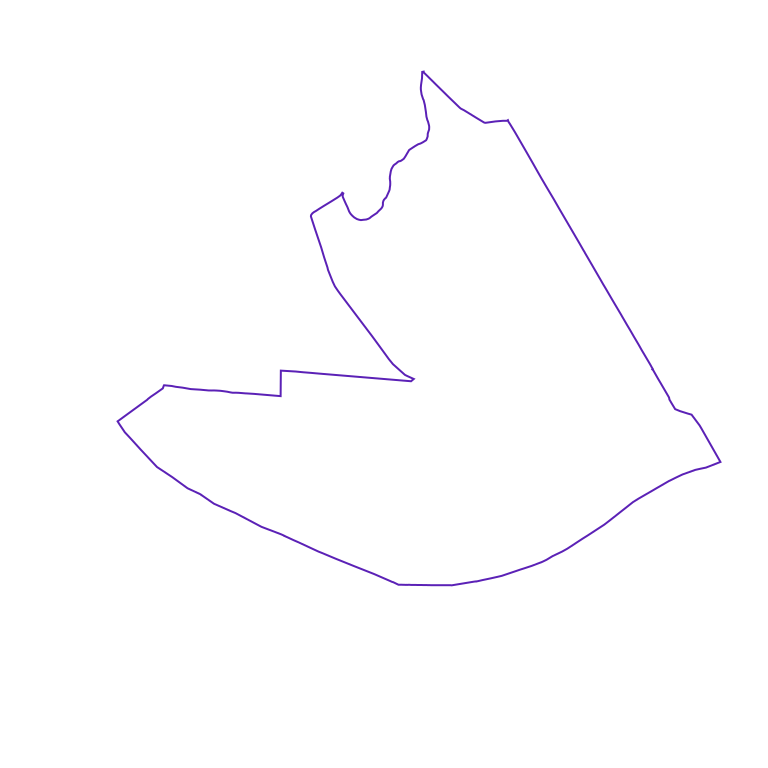 I.C.Bratianu, Tulcea, Romania (Equal Earth projection), rotated 238°
{"feature_id": "2599482B65427489105353", "entity_name": "I.C.Bratianu", "entity_type": "district", "adm_level": 2, "iso_a3": "ROU", "parent_name": "Romania", "parent_adm1": "Tulcea", "projection": "equal_earth", "projection_center": [28.083, 45.4], "detail": "fine", "context": "isolated", "style": "outline", "palette": "violet", "viewbox_px": 768, "rotation_deg": 238, "n_neighbors": 0, "source": "geoboundaries", "source_scale": "gbopen_adm2", "svg_char_len": 4042}
<svg xmlns="http://www.w3.org/2000/svg" viewBox="0 0 768 768"><g transform="rotate(238 384 384)"><path d="M139.6,628.0L177.8,629.6L181.6,629.7L193.5,628.7L195.0,628.6L198.0,625.9L204.1,620.7L208.4,617.6L215.6,617.7L218.4,617.8L219.5,617.8L221.3,618.5L222.2,618.6L239.0,619.1L243.3,619.2L253.0,619.6L254.2,619.3L254.3,619.9L255.9,619.9L259.4,620.1L267.5,620.3L276.0,620.5L278.2,620.6L282.8,620.8L291.4,621.0L299.8,621.3L305.1,621.4L314.8,621.7L315.1,621.7L316.9,621.8L330.1,622.1L334.3,622.2L343.9,622.5L347.3,622.6L352.6,622.7L355.1,622.8L360.8,623.0L379.1,623.6L382.1,623.7L388.8,623.9L389.7,624.0L391.6,624.0L399.6,624.3L439.8,625.5L450.6,625.9L464.5,626.2L475.3,626.5L482.9,626.8L491.7,627.2L507.7,627.8L528.2,628.5L538.2,628.6L540.3,628.5L542.1,628.9L542.1,627.7L544.2,624.3L547.6,617.7L551.7,608.5L552.2,607.9L552.8,607.4L560.3,603.6L573.8,596.9L575.3,596.0L576.8,595.1L578.3,594.6L593.6,590.8L610.7,586.7L625.1,583.3L627.0,582.8L627.9,583.2L628.4,581.8L623.2,578.3L618.0,573.9L615.7,572.2L614.0,571.2L609.6,569.3L604.8,568.1L603.9,568.1L599.0,566.5L592.5,563.7L588.1,561.6L587.7,561.5L584.8,560.6L583.3,560.4L579.4,559.2L578.1,558.6L575.9,557.1L574.2,555.0L573.4,554.1L572.9,553.6L570.8,552.2L569.2,550.2L568.4,548.9L568.4,545.0L568.6,542.4L569.2,540.1L569.3,536.3L569.2,531.4L569.1,529.3L568.9,528.9L565.6,522.6L564.5,520.1L564.3,517.0L564.5,515.6L564.9,515.0L565.0,513.3L564.6,511.3L564.5,509.2L564.3,507.9L563.4,506.1L562.4,504.3L560.7,502.4L556.4,498.6L555.6,498.2L555.2,497.8L553.9,497.2L552.5,496.6L550.8,495.6L549.3,494.6L547.8,493.3L545.9,491.8L545.0,490.7L541.4,485.3L540.9,484.5L540.8,483.4L540.2,481.5L539.6,480.5L538.3,479.1L537.1,478.4L536.4,477.9L535.7,477.3L535.2,476.6L534.6,475.5L534.2,474.3L533.5,470.9L532.8,468.5L532.7,464.4L532.6,461.9L532.3,459.7L532.4,458.3L532.9,456.1L534.2,453.5L535.2,451.3L536.6,449.8L538.3,448.4L540.5,447.3L541.1,447.0L543.5,446.3L545.6,445.9L547.3,445.8L549.0,445.9L553.2,446.7L556.9,447.1L560.5,447.6L564.5,448.2L565.5,448.6L566.4,449.5L567.2,450.5L567.7,450.3L568.3,450.0L567.4,448.0L567.0,446.6L566.8,443.3L566.8,436.2L566.9,427.4L566.9,421.7L566.8,418.1L566.9,415.6L566.7,413.7L566.0,411.9L565.5,411.3L564.8,410.8L552.0,407.6L543.2,405.5L533.1,403.1L523.3,400.4L519.3,399.4L512.8,397.8L510.5,397.0L497.9,394.7L492.8,394.1L487.6,394.3L483.3,394.6L461.8,396.5L430.3,399.3L413.9,400.5L402.4,401.3L396.1,402.1L380.6,406.6L378.2,408.1L372.5,411.9L372.0,408.4L427.5,334.1L432.1,328.0L436.7,321.8L441.4,315.7L450.0,303.6L428.5,289.9L444.6,268.4L449.1,262.1L449.5,261.5L453.3,256.4L455.1,253.8L456.9,250.9L458.1,249.5L460.4,247.1L462.6,244.5L464.9,241.7L467.4,238.2L468.9,236.0L470.0,234.1L471.5,231.8L475.0,227.2L476.6,225.1L482.1,217.4L487.6,211.3L491.9,206.0L494.9,202.8L499.5,196.8L499.3,196.4L497.5,194.1L497.0,185.4L496.8,179.9L496.4,175.9L496.1,174.8L495.5,166.2L493.5,138.3L490.1,138.3L481.4,138.6L480.5,138.6L472.8,140.1L457.3,142.9L433.9,147.5L417.2,155.1L407.5,159.0L400.3,161.9L399.6,162.2L387.7,169.9L386.6,170.4L386.4,170.3L386.2,170.5L372.5,176.4L357.8,186.4L353.3,189.6L327.8,204.4L321.6,209.1L320.7,209.8L319.4,210.8L310.9,217.2L309.7,218.0L308.0,219.1L307.9,219.0L307.5,219.3L306.5,220.0L306.1,220.2L305.6,220.6L299.6,224.5L295.8,227.1L276.5,239.7L273.8,241.7L261.5,250.4L245.3,262.2L228.1,274.9L213.4,285.0L212.3,285.7L211.4,286.4L211.2,286.7L206.1,289.9L204.6,292.3L202.0,296.2L201.8,296.6L201.4,297.2L200.2,299.2L199.4,300.3L191.2,313.1L187.4,318.9L178.1,333.8L177.4,334.7L168.6,355.8L167.9,357.3L167.7,357.4L167.7,357.5L167.6,357.8L167.5,358.1L167.2,358.7L167.1,359.0L165.8,362.8L165.2,364.5L164.2,367.2L163.0,370.5L162.8,371.0L160.3,378.1L158.9,382.2L156.6,391.9L155.5,396.5L154.5,400.8L153.4,405.1L151.5,412.8L149.3,424.0L148.8,428.6L148.7,435.7L147.5,446.2L147.2,452.1L147.5,465.7L147.6,470.9L147.6,476.1L148.0,496.3L148.9,505.2L151.9,532.6L151.9,539.1L151.3,556.5L151.2,560.1L151.1,562.6L150.8,572.0L150.7,574.7L150.6,575.0L149.9,582.2L149.1,589.2L146.2,602.5L144.4,607.6L142.5,612.7L140.0,625.9L139.6,628.0Z" fill="none" stroke="#5b21b6" stroke-width="2"/></g></svg>